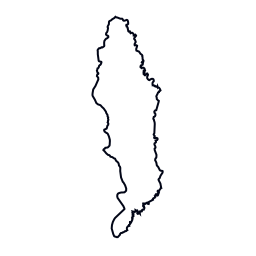 outline of Roberto Payán (San José), Nariño, Colombia, rotated 5°
{"feature_id": "7082276B42923877059842", "entity_name": "Roberto Payán (San José)", "entity_type": "district", "adm_level": 2, "iso_a3": "COL", "parent_name": "Colombia", "parent_adm1": "Nariño", "projection": "natural_earth1", "projection_center": [-78.328, 1.869], "detail": "fine", "context": "isolated", "style": "outline", "palette": "ink", "viewbox_px": 256, "rotation_deg": 5, "n_neighbors": 0, "source": "geoboundaries", "source_scale": "gbopen_adm2", "svg_char_len": 5877}
<svg xmlns="http://www.w3.org/2000/svg" viewBox="0 0 256 256"><g transform="rotate(5 128 128)"><path d="M166.0,167.8L164.0,167.6L163.3,167.1L161.5,164.2L160.0,162.8L159.2,159.9L157.8,157.6L158.0,156.0L158.6,155.3L158.8,154.6L158.7,152.3L156.5,147.6L156.3,146.2L156.6,145.8L156.9,145.6L157.1,144.9L156.8,143.9L155.8,142.2L155.7,141.6L155.8,141.0L156.7,140.2L157.1,139.6L157.0,139.1L156.6,138.2L158.1,137.4L158.5,136.4L158.2,135.7L157.5,135.4L156.8,135.4L155.8,135.9L155.3,135.9L154.9,135.5L154.9,134.9L155.3,134.5L155.3,133.6L154.3,132.6L154.1,132.1L154.7,130.9L154.3,121.7L154.0,120.0L153.3,118.3L153.2,117.7L152.6,117.0L152.4,116.5L152.7,114.7L153.4,114.4L153.9,113.8L154.2,112.9L154.1,111.7L153.6,110.9L153.0,110.5L152.8,109.2L153.7,108.0L154.6,107.8L156.3,99.0L156.3,98.3L155.8,98.1L154.2,96.7L153.9,95.0L153.5,94.3L153.5,93.7L154.5,91.2L154.8,90.1L155.7,89.6L155.6,88.9L156.5,88.4L157.1,87.7L156.3,86.2L155.4,85.2L154.4,85.0L154.0,84.6L153.8,84.1L153.7,84.6L153.3,84.0L152.9,84.4L151.5,83.8L151.5,84.2L150.8,84.0L149.6,83.2L148.9,83.3L148.9,82.8L148.6,82.4L148.5,80.9L149.1,79.6L149.5,79.3L149.5,78.2L149.1,77.3L148.5,76.9L147.5,76.9L146.6,77.3L145.2,78.4L144.8,78.2L144.5,78.3L143.5,77.6L142.8,76.7L142.6,75.3L143.2,73.8L143.2,72.9L142.6,72.6L142.5,72.3L142.1,72.6L141.8,72.4L141.6,72.7L141.4,72.7L141.2,73.1L140.6,73.8L140.1,73.4L139.8,73.7L139.4,73.1L138.9,72.9L138.9,72.3L139.1,71.7L138.8,71.9L138.6,71.7L138.7,71.3L139.0,71.4L138.7,70.5L139.1,70.5L139.0,70.0L139.4,70.2L139.3,69.7L139.6,69.6L139.6,69.1L139.9,69.0L139.2,67.3L138.4,66.7L137.6,66.6L137.0,66.8L136.6,66.6L136.5,66.8L136.1,66.4L136.2,66.9L136.1,67.0L135.2,66.4L135.1,66.0L135.1,65.3L135.4,64.7L137.1,63.6L137.2,62.6L136.0,61.5L136.3,60.8L136.7,60.3L136.9,60.8L137.4,60.9L137.6,59.9L137.5,59.4L136.6,58.3L136.2,55.7L135.9,55.3L136.0,54.6L135.5,53.9L134.0,53.0L132.3,50.9L129.7,50.2L129.4,49.6L129.3,48.4L129.9,45.9L129.9,45.2L128.9,44.8L127.6,45.1L127.3,44.7L127.3,43.6L128.2,41.6L127.3,39.6L126.4,38.8L126.3,38.1L128.0,35.4L128.0,35.1L127.4,34.8L127.2,34.5L126.3,35.2L125.6,35.4L125.4,34.0L124.5,33.1L123.6,32.7L122.3,33.4L121.9,32.9L121.5,31.6L120.9,31.6L120.3,31.9L119.9,31.6L119.8,30.8L119.4,30.3L119.3,29.3L119.0,29.0L119.0,28.2L118.3,27.1L117.8,27.1L117.3,26.0L117.4,25.3L118.5,25.0L119.1,24.3L118.9,22.4L118.3,20.9L117.8,20.5L117.3,20.4L115.5,21.3L114.5,21.5L113.8,21.2L113.3,20.2L112.5,19.6L111.4,19.8L110.5,19.7L107.9,18.9L106.6,18.8L105.8,18.3L104.7,19.7L102.7,21.1L102.0,22.0L101.3,22.5L100.2,23.1L99.8,23.9L99.9,26.3L98.9,28.6L98.9,29.3L99.4,30.1L99.2,32.7L98.8,34.3L98.1,35.2L97.9,36.4L98.0,36.8L98.7,37.5L99.8,37.8L100.3,38.2L100.5,39.1L99.6,40.3L98.5,40.9L97.8,41.7L96.9,43.3L96.8,45.0L97.0,47.0L97.2,47.6L97.1,48.6L95.5,50.0L94.5,49.9L93.7,50.8L92.3,51.0L91.7,51.9L91.3,52.2L91.1,52.5L91.0,53.7L91.2,54.0L91.5,57.2L92.9,63.5L93.3,64.0L93.6,64.1L95.6,64.4L95.8,64.7L95.8,65.3L95.3,67.0L94.8,67.6L94.3,67.9L93.8,68.6L93.5,70.3L93.0,71.0L92.4,71.3L92.3,72.8L92.0,73.4L92.5,74.9L93.6,75.9L93.7,76.2L93.7,76.6L93.5,76.9L92.9,77.0L92.7,77.4L92.5,79.0L93.9,80.4L94.2,82.2L91.9,89.0L90.0,92.6L89.7,96.2L89.7,97.9L89.9,98.9L90.2,99.4L92.6,102.8L94.3,105.9L96.1,107.1L98.3,107.6L99.1,108.1L99.9,109.0L102.1,110.7L104.6,113.7L105.0,114.9L106.5,116.9L106.6,118.2L107.0,118.8L107.3,119.0L107.4,119.4L107.2,120.1L107.3,120.6L107.7,121.2L107.7,121.9L107.4,122.5L107.5,123.5L107.2,124.2L108.0,125.2L108.0,126.5L107.2,127.7L107.1,128.9L106.9,129.4L106.9,130.0L106.7,130.5L104.5,131.7L104.4,132.4L105.0,133.6L107.1,134.9L107.7,135.0L108.3,135.5L109.7,138.0L110.9,141.2L111.1,142.6L111.2,146.6L111.1,147.2L109.8,148.9L109.1,149.3L107.1,149.7L106.8,150.5L105.9,151.1L105.5,151.6L105.4,152.2L106.6,153.1L108.6,155.2L110.6,156.6L111.8,156.7L112.4,157.2L113.0,158.1L115.0,158.4L116.6,159.4L117.8,159.7L118.9,161.6L121.2,163.3L121.9,164.6L122.3,166.2L123.3,167.2L123.8,168.4L124.0,171.6L125.4,177.9L127.5,182.1L128.2,182.6L130.1,185.3L131.5,188.5L131.6,190.6L130.5,192.0L129.8,192.5L127.0,192.8L124.9,193.5L123.7,194.3L123.2,195.5L123.2,196.9L123.7,198.5L130.2,206.2L131.4,208.4L131.5,209.1L123.0,218.7L122.2,220.1L121.1,222.9L120.5,226.1L120.5,229.5L122.6,235.0L123.7,237.0L124.4,237.3L125.5,237.4L125.9,237.7L127.3,237.6L129.3,235.0L129.4,234.1L130.2,233.2L131.3,233.0L131.9,232.4L132.6,232.3L134.1,231.0L134.5,231.1L135.3,230.7L135.8,230.0L136.2,229.8L135.7,228.9L135.6,227.7L135.7,227.1L136.8,225.6L137.8,225.4L137.5,224.4L137.9,224.2L138.6,223.1L138.2,222.2L138.2,221.5L138.5,221.5L138.8,222.1L139.3,221.9L139.4,221.2L139.8,220.8L139.9,219.8L140.4,219.0L140.0,218.1L140.5,217.3L139.9,216.6L140.4,215.8L141.1,215.4L141.0,214.8L141.0,213.2L140.7,213.1L140.1,213.5L140.0,212.3L139.7,211.7L140.1,211.3L139.8,210.7L141.4,210.9L141.7,211.1L142.1,211.0L142.8,210.5L142.6,209.1L143.6,209.6L144.4,209.3L144.8,210.0L144.8,210.7L145.2,210.9L145.4,211.5L145.4,211.8L144.7,212.1L144.7,212.3L145.3,212.7L146.2,212.2L146.5,211.4L147.2,212.1L146.9,210.8L147.0,210.1L147.6,210.0L148.0,210.2L148.3,210.1L148.5,209.5L149.1,209.6L149.3,208.3L149.7,208.0L150.8,208.0L151.3,206.6L151.3,206.0L150.7,205.5L150.9,204.9L150.8,204.5L150.5,204.3L150.1,204.6L149.8,204.4L149.9,202.6L149.7,201.9L150.6,201.7L151.5,202.3L152.2,201.9L152.7,201.0L153.8,200.6L154.4,201.8L155.2,201.9L155.3,201.2L154.8,200.6L155.3,199.8L158.9,197.5L158.8,197.3L159.2,197.1L159.0,196.5L159.3,195.9L160.8,195.0L160.9,194.0L161.2,194.0L161.2,193.6L160.9,193.3L161.5,192.9L161.4,192.4L161.7,192.1L161.4,191.9L161.6,191.6L161.8,191.7L161.9,191.9L162.3,191.6L162.4,191.9L162.7,191.9L162.7,192.7L163.1,192.8L163.6,192.5L163.8,192.0L163.5,191.4L163.8,190.7L163.6,190.4L163.8,190.3L164.2,190.4L164.4,189.7L164.0,189.4L163.0,188.3L163.2,187.9L164.6,187.8L164.8,186.9L165.6,185.8L165.9,184.7L166.3,184.7L165.1,180.5L163.2,177.5L162.9,176.8L163.1,176.1L163.9,175.2L164.6,172.6L166.3,169.5L166.3,168.0L166.0,167.8Z" fill="none" stroke="#020617" stroke-width="2"/></g></svg>